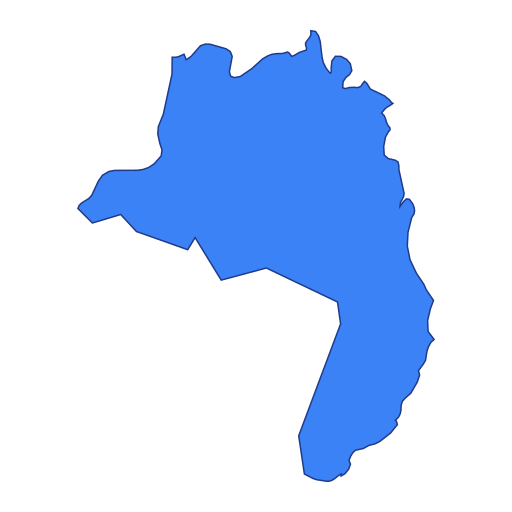 Lofa, Natural Earth projection
{"feature_id": "LBR-787", "entity_name": "Lofa", "entity_type": "County", "adm_level": 1, "iso_a3": "LBR", "parent_name": "Liberia", "parent_adm1": "", "projection": "natural_earth1", "projection_center": [-9.763, 7.877], "detail": "fine", "context": "isolated", "style": "filled", "palette": "blue", "viewbox_px": 512, "rotation_deg": 0, "n_neighbors": 0, "source": "natural_earth", "source_scale": "10m", "svg_char_len": 2324}
<svg xmlns="http://www.w3.org/2000/svg" viewBox="0 0 512 512"><path d="M77.9,208.5L79.1,205.5L81.6,203.0L88.8,198.5L91.8,195.2L98.3,181.2L102.5,175.2L109.1,171.4L114.7,170.4L137.5,170.3L143.3,169.4L148.8,167.4L154.3,163.7L161.2,155.9L162.0,149.9L159.8,143.3L157.8,134.1L158.3,126.7L163.3,114.3L172.0,74.1L172.2,57.2L175.2,57.3L178.2,56.8L184.0,54.2L186.2,59.7L191.0,56.5L200.5,45.7L205.3,44.1L210.0,44.2L226.1,48.8L230.3,51.6L232.2,56.4L229.4,71.8L230.6,76.2L234.3,77.6L240.3,76.5L251.7,68.7L262.7,58.8L267.5,56.0L272.0,54.3L276.7,53.6L282.2,53.5L283.6,53.2L287.6,52.0L288.9,52.8L290.2,54.3L291.6,56.4L294.1,55.5L299.2,52.5L306.2,50.1L306.6,48.0L305.6,45.4L305.6,42.8L307.6,40.0L309.6,37.5L310.9,34.8L310.8,30.7L315.6,31.5L318.5,35.8L320.2,41.4L322.0,56.8L323.3,62.6L326.2,68.4L330.1,73.2L331.2,72.4L331.2,67.6L331.9,60.9L335.4,56.3L341.0,56.4L346.6,59.4L350.3,63.7L351.8,70.7L349.5,74.6L345.8,77.6L343.1,81.7L342.7,87.7L345.2,88.6L349.5,87.5L354.3,87.3L356.6,87.6L359.0,87.3L361.1,86.1L362.4,83.9L364.5,81.3L366.7,83.2L370.4,89.1L384.5,95.9L389.5,100.0L391.5,102.5L392.9,103.4L389.5,105.8L388.3,106.4L386.4,107.6L384.7,109.2L381.6,112.9L384.2,115.7L385.6,119.1L386.7,122.8L388.3,126.0L389.7,127.4L390.1,128.9L389.7,130.4L388.3,131.9L385.5,137.0L383.7,146.4L384.2,155.1L388.3,158.6L395.2,160.2L398.0,162.0L398.9,165.9L398.9,169.6L404.1,193.4L403.5,196.8L400.4,202.7L400.0,206.5L403.4,201.7L406.4,198.9L409.4,199.3L412.7,203.8L414.1,207.3L414.6,210.7L414.0,214.0L412.0,217.0L411.6,218.0L408.0,232.2L407.3,246.1L410.0,259.7L416.5,273.4L423.8,284.2L426.3,289.8L430.0,295.3L433.5,300.4L430.4,308.8L427.6,320.5L428.1,331.5L434.1,339.5L431.0,342.2L428.6,346.4L426.9,351.4L425.6,360.1L423.5,363.8L418.5,370.6L419.6,375.2L417.2,382.2L410.8,393.2L405.0,398.3L402.3,401.4L401.1,405.5L401.0,410.0L400.2,413.8L398.5,417.2L395.4,420.2L396.4,421.1L396.8,422.3L397.0,423.4L397.4,424.6L390.6,433.0L379.7,441.5L375.2,443.8L368.9,445.4L363.4,448.5L355.6,450.2L352.8,452.7L350.6,456.3L349.0,460.4L350.5,464.1L348.7,469.1L345.1,473.6L341.1,476.0L341.1,474.0L338.7,475.4L333.9,479.2L331.5,480.5L328.9,481.2L326.9,481.3L316.7,479.7L312.8,478.4L304.4,474.0L298.7,435.8L340.6,323.9L337.5,302.0L266.3,268.0L221.2,280.1L195.1,237.6L187.7,249.7L136.4,231.5L120.7,214.5L92.4,223.0L77.9,208.5Z" fill="#3b82f6" stroke="#1e3a8a" stroke-width="1.5"/></svg>